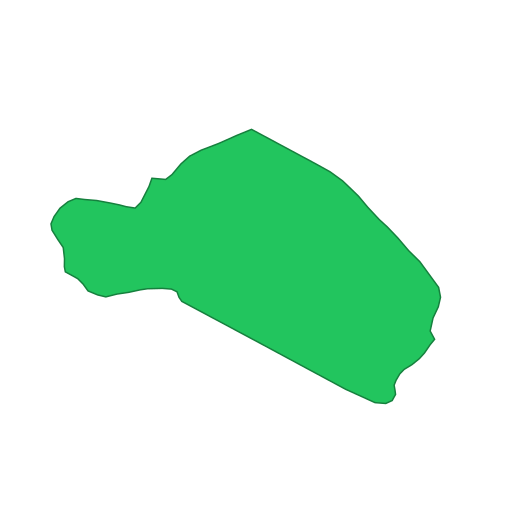 outline of Lèkabi-Lèwolo, Haut-Ogooué, Gabon, rotated 298°
{"feature_id": "22940354B94372756375204", "entity_name": "Lèkabi-Lèwolo", "entity_type": "district", "adm_level": 2, "iso_a3": "GAB", "parent_name": "Gabon", "parent_adm1": "Haut-Ogooué", "projection": "albers", "projection_center": [13.716, -1.334], "detail": "fine", "context": "isolated", "style": "filled", "palette": "green", "viewbox_px": 512, "rotation_deg": 298, "n_neighbors": 0, "source": "geoboundaries", "source_scale": "gbopen_adm2", "svg_char_len": 1058}
<svg xmlns="http://www.w3.org/2000/svg" viewBox="0 0 512 512"><g transform="rotate(298 256 256)"><path d="M365.7,192.6L353.7,182.6L337.7,170.1L323.7,157.9L313.1,150.6L302.1,146.5L288.4,143.6L281.2,140.3L275.8,127.6L267.2,128.9L249.4,129.2L241.6,126.8L238.6,118.3L237.0,111.5L234.4,102.6L230.2,89.3L225.4,78.1L222.3,70.0L215.7,64.6L206.2,60.5L196.0,59.2L188.1,59.9L183.0,63.8L177.4,73.5L173.0,81.8L163.7,88.2L156.6,91.8L152.5,95.1L152.3,109.2L150.0,116.6L146.3,124.1L147.3,134.5L149.4,142.6L157.1,151.1L164.1,160.6L171.8,169.7L176.1,175.5L183.4,188.4L187.1,196.9L187.3,203.1L183.4,207.4L181.1,211.8L180.9,302.2L180.4,397.7L182.4,429.9L186.7,439.8L192.3,444.1L199.3,444.2L202.8,441.7L206.8,438.6L212.1,438.0L219.4,438.3L225.4,440.0L233.3,444.7L242.0,448.4L249.5,450.3L259.4,451.4L266.3,452.8L271.5,445.0L284.4,441.4L296.8,440.8L306.2,438.3L314.0,432.0L327.9,403.3L332.4,388.2L338.5,372.8L343.3,358.3L346.0,347.8L351.5,331.8L356.9,318.5L359.9,308.2L363.0,297.1L365.1,282.0L365.4,266.0L365.7,192.6Z" fill="#22c55e" stroke="#15803d" stroke-width="1.5"/></g></svg>